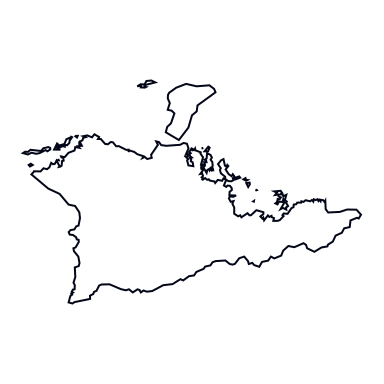 Sumbawa, Nusa Tenggara Barat, Indonesia (Albers equal-area conic projection)
{"feature_id": "22746128B848155691224", "entity_name": "Sumbawa", "entity_type": "district", "adm_level": 2, "iso_a3": "IDN", "parent_name": "Indonesia", "parent_adm1": "Nusa Tenggara Barat", "projection": "albers", "projection_center": [117.515, -8.617], "detail": "fine", "context": "isolated", "style": "outline", "palette": "ink", "viewbox_px": 384, "rotation_deg": 0, "n_neighbors": 0, "source": "geoboundaries", "source_scale": "gbopen_adm2", "svg_char_len": 5972}
<svg xmlns="http://www.w3.org/2000/svg" viewBox="0 0 384 384"><path d="M325.3,200.8L324.6,202.1L323.2,200.2L320.7,199.8L320.5,201.2L319.3,199.8L318.4,201.0L317.5,199.2L315.7,200.1L313.8,199.3L313.3,201.6L311.9,200.0L310.0,201.3L305.6,200.2L303.5,201.9L301.4,201.3L301.2,202.6L297.3,202.6L296.2,204.2L293.7,204.6L293.5,207.2L291.5,208.1L287.6,213.8L283.6,213.5L282.5,215.1L283.6,216.1L279.7,220.2L277.2,220.9L273.3,220.9L274.0,218.1L271.7,217.2L271.5,215.9L269.3,216.9L267.9,215.4L264.1,220.4L263.3,217.5L262.4,218.6L260.4,216.4L263.4,214.0L263.4,212.2L256.4,210.2L251.0,215.2L249.5,215.3L247.5,213.2L241.4,217.3L240.2,215.3L238.2,216.3L234.2,213.7L234.2,207.4L232.4,203.8L233.5,201.1L230.7,201.8L228.9,198.4L230.0,196.4L233.2,196.8L236.1,195.5L229.4,195.3L229.6,191.9L231.9,189.9L231.6,187.9L229.9,185.8L227.5,185.6L226.2,186.9L223.9,185.5L226.2,179.9L223.5,178.4L222.1,180.8L217.8,179.9L215.2,183.0L214.5,181.5L209.6,180.5L208.8,179.3L207.2,179.8L205.1,178.1L202.8,179.7L202.3,179.3L203.3,178.3L201.7,177.3L203.0,175.9L202.2,173.5L200.3,173.9L203.0,170.2L202.8,168.9L201.5,169.1L201.1,167.2L201.8,165.9L200.9,165.0L203.0,157.3L200.4,153.5L200.7,152.3L195.5,150.4L195.1,148.6L194.3,150.1L192.2,150.3L191.6,149.7L193.4,149.2L191.5,148.4L189.3,151.9L190.7,153.2L189.4,154.0L190.2,156.3L191.7,157.5L190.0,157.8L191.2,159.5L190.8,161.2L192.7,162.4L193.3,166.2L188.4,165.4L187.1,160.3L188.2,159.1L186.0,157.0L187.9,156.1L187.5,153.4L185.9,154.5L188.5,148.3L186.9,143.7L183.5,143.0L180.2,144.8L166.3,145.8L161.2,145.1L159.0,142.1L156.2,141.4L157.9,144.9L151.1,154.8L151.7,157.9L147.2,159.0L144.7,156.9L142.7,157.9L143.7,156.3L137.3,154.2L134.2,151.9L129.3,150.4L128.6,152.0L128.6,149.7L126.3,149.9L118.7,146.1L116.2,146.3L112.9,142.3L110.8,142.0L107.8,144.3L105.1,143.9L100.8,139.0L98.0,139.0L99.1,137.0L94.4,134.3L92.0,137.3L87.2,135.4L83.2,136.2L85.5,137.2L83.2,137.9L82.5,140.2L79.2,142.2L79.3,144.3L79.9,144.6L79.4,142.6L79.8,141.9L81.9,145.8L77.8,146.2L79.3,147.8L75.3,147.1L74.5,150.5L68.5,152.8L64.8,157.0L63.2,157.0L63.6,160.7L62.1,161.0L61.6,165.7L60.4,166.6L59.0,166.9L59.5,166.1L56.5,160.6L54.8,163.9L53.0,164.2L51.2,162.9L49.4,167.3L47.1,169.2L43.5,168.3L40.6,171.4L33.1,171.3L34.1,171.5L31.4,174.4L48.3,188.6L59.6,193.9L68.6,204.6L75.1,206.0L79.3,212.3L80.0,218.1L78.5,225.6L76.2,226.4L74.4,229.4L70.5,230.1L68.7,232.1L69.7,234.6L73.0,235.0L76.1,237.2L76.8,239.4L78.6,239.8L78.8,241.9L75.6,247.4L73.4,248.3L74.0,251.3L78.3,256.5L79.5,263.0L78.7,266.1L74.8,267.4L75.3,277.0L73.5,282.7L74.8,285.1L74.6,289.3L72.9,289.6L71.7,291.9L73.0,292.6L71.3,293.8L72.1,294.7L70.4,295.9L68.6,302.4L72.5,303.5L74.5,302.1L90.1,298.9L90.0,295.7L93.3,294.0L94.0,291.9L96.5,290.8L99.1,285.6L101.5,284.5L109.5,284.3L120.8,289.1L125.9,290.3L128.9,289.3L132.8,292.4L137.6,289.3L139.6,290.1L140.8,292.4L143.5,290.5L146.9,291.7L152.3,291.0L163.2,285.2L172.6,284.1L180.4,279.2L183.2,280.4L189.0,276.2L194.1,275.4L196.4,271.9L203.7,268.8L205.1,266.6L210.4,265.4L212.5,262.3L215.6,261.1L225.4,260.5L229.7,264.0L232.5,264.6L234.9,263.9L239.3,258.2L244.2,256.6L248.0,261.1L248.8,264.0L252.3,262.9L254.2,265.1L259.3,266.8L262.0,261.9L268.2,260.6L270.9,256.6L274.3,258.4L281.2,255.6L283.2,250.6L288.4,246.0L294.3,247.2L303.5,243.2L306.0,244.9L307.2,248.3L314.4,251.8L321.4,247.5L327.4,246.4L328.0,244.6L332.9,241.5L335.6,235.6L341.8,232.8L344.2,228.3L349.7,227.1L350.5,220.4L357.0,217.8L358.7,218.5L361.0,214.7L356.5,209.7L347.1,209.5L339.9,211.9L328.2,212.5L325.7,209.2L325.3,200.8ZM186.1,83.9L176.2,87.7L169.2,92.7L168.0,94.9L167.8,98.5L169.8,103.1L167.7,109.8L171.7,110.7L174.4,113.4L171.0,123.3L167.2,126.9L165.8,132.3L178.9,140.0L188.4,127.6L192.0,115.3L196.7,111.4L197.5,105.4L215.5,92.3L214.1,88.9L209.4,85.3L196.6,86.3L186.1,83.9ZM224.9,165.6L223.5,159.1L221.1,160.3L218.0,164.1L220.8,168.2L219.9,169.9L220.9,173.3L225.1,176.7L225.3,179.1L228.3,181.1L231.2,181.3L233.5,180.2L232.8,178.2L233.8,177.3L235.4,179.4L240.2,177.7L239.2,176.4L235.3,177.8L232.8,174.2L231.6,176.2L228.7,174.2L225.6,169.5L228.3,166.0L227.3,164.9L226.4,166.7L224.9,165.6ZM207.1,153.4L206.6,158.5L204.5,159.8L206.1,160.5L206.5,162.2L204.0,162.2L205.0,164.4L204.8,165.9L203.4,167.4L206.6,172.9L207.3,170.0L208.9,169.1L209.5,170.3L210.3,168.4L211.5,170.6L213.2,170.3L212.8,168.4L211.2,168.2L212.7,166.0L212.3,162.0L210.6,159.7L211.9,157.5L210.4,154.8L207.1,153.4ZM280.6,190.8L274.3,191.4L276.9,192.7L275.1,195.0L278.2,194.5L278.6,196.5L280.9,197.4L279.6,199.3L277.7,199.0L277.0,202.1L275.4,203.4L277.5,204.4L279.0,201.6L282.5,202.0L283.3,199.2L284.4,202.5L280.6,209.1L282.9,207.9L286.3,209.6L286.0,207.5L288.1,206.1L286.1,202.9L286.8,201.6L284.9,200.0L286.3,194.8L283.3,196.2L282.7,194.3L280.2,194.4L282.0,192.7L280.6,190.8ZM48.3,147.1L43.3,148.3L41.1,151.0L30.5,149.8L27.9,151.9L25.2,151.7L23.0,153.1L27.9,154.5L31.5,152.7L36.1,153.8L39.6,153.1L45.6,150.1L47.5,151.3L50.3,149.4L50.2,147.9L48.3,147.1ZM70.1,137.6L66.4,139.2L64.4,144.0L59.3,145.5L57.1,143.5L54.1,149.6L60.4,149.7L58.7,149.2L58.4,147.2L57.2,147.8L57.2,146.5L57.5,146.2L60.2,147.3L62.6,146.1L64.8,146.7L64.8,144.6L67.0,145.3L69.3,143.0L70.1,137.6ZM151.3,80.5L146.4,81.0L144.6,84.4L140.5,84.3L137.3,86.3L141.1,85.8L140.8,87.4L144.9,87.6L146.0,87.0L144.5,86.7L144.4,85.2L155.3,82.4L151.3,80.5ZM208.0,151.4L209.6,147.6L208.3,146.7L204.6,151.3L208.0,151.4ZM249.6,182.6L246.3,183.1L248.2,187.0L249.9,184.1L249.6,182.6ZM30.8,163.7L28.7,165.0L30.0,166.5L32.7,165.0L30.8,163.7ZM245.5,178.1L243.4,179.3L246.1,180.8L247.5,180.0L245.9,179.8L245.5,178.1ZM77.7,135.9L75.9,135.9L75.4,136.3L77.0,137.5L77.7,135.9ZM203.7,166.3L204.4,165.6L203.7,164.8L203.2,165.4L203.7,166.3ZM71.4,138.2L72.1,137.2L71.4,136.9L71.4,138.2ZM62.8,157.7L62.3,156.6L61.1,156.4L61.5,157.4L62.8,157.7ZM256.7,189.9L255.4,190.6L256.9,190.1L256.7,189.9ZM201.7,167.0L202.5,166.8L202.3,165.8L201.7,167.0ZM58.6,159.8L57.4,160.1L58.8,160.3L58.6,159.8ZM253.9,201.6L254.0,200.9L253.3,201.4L253.9,201.6ZM203.2,147.9L201.6,148.3L202.5,148.3L203.2,147.9Z" fill="none" stroke="#020617" stroke-width="2"/></svg>